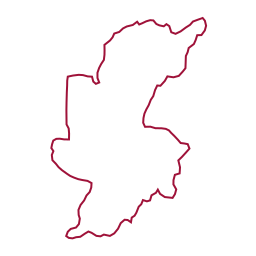 the district of Embu-Guaçu, São Paulo, Brazil, rotated 181°
{"feature_id": "56859067B87631402258962", "entity_name": "Embu-Guaçu", "entity_type": "district", "adm_level": 2, "iso_a3": "BRA", "parent_name": "Brazil", "parent_adm1": "São Paulo", "projection": "natural_earth1", "projection_center": [-46.834, -23.853], "detail": "fine", "context": "isolated", "style": "outline", "palette": "rose", "viewbox_px": 256, "rotation_deg": 181, "n_neighbors": 0, "source": "geoboundaries", "source_scale": "gbopen_adm2", "svg_char_len": 2037}
<svg xmlns="http://www.w3.org/2000/svg" viewBox="0 0 256 256"><g transform="rotate(181 128 128)"><path d="M187.9,18.9L185.3,17.1L181.5,16.7L178.0,17.9L173.8,18.4L169.3,21.6L165.8,23.8L162.6,22.6L157.7,19.6L153.6,19.2L150.3,21.0L144.2,19.8L139.9,22.4L136.2,27.1L133.6,32.8L129.8,36.2L126.7,36.0L123.4,33.8L122.7,38.5L119.9,40.4L118.2,43.4L115.9,49.5L113.4,52.0L111.8,56.2L107.8,55.0L104.7,56.0L103.3,61.1L98.9,63.7L97.1,66.9L94.8,62.7L90.0,59.6L82.2,58.9L79.9,62.7L78.7,67.5L81.6,72.4L81.6,76.7L80.3,82.0L75.6,83.5L75.3,89.6L77.1,96.5L73.5,100.1L69.2,105.0L66.2,108.5L68.0,112.9L71.4,113.5L75.1,113.9L77.9,117.1L81.5,120.8L84.7,123.8L87.0,126.3L90.2,127.8L94.5,128.3L100.6,128.3L105.7,129.7L111.0,129.5L112.9,133.5L112.7,138.2L111.8,142.7L110.0,146.9L107.7,151.2L105.7,156.6L103.3,160.3L101.6,166.4L99.5,171.0L96.3,170.8L92.0,175.7L89.5,180.3L83.4,179.5L78.1,181.0L74.4,185.2L71.6,188.8L71.5,194.3L71.4,201.0L69.7,204.8L68.7,209.1L63.6,213.1L61.9,217.1L60.4,222.0L56.2,222.2L52.9,226.9L51.7,231.6L53.0,236.6L55.3,239.3L60.3,237.4L64.9,235.6L67.8,232.2L71.9,229.5L77.1,225.5L82.1,223.0L86.4,224.5L88.5,230.6L91.4,232.5L94.0,230.3L98.5,231.2L101.5,232.5L104.5,236.0L107.7,236.2L111.6,235.0L115.6,233.0L118.6,231.7L120.7,234.4L125.0,231.1L131.0,229.5L134.7,227.5L138.4,223.9L143.4,222.2L145.0,218.4L147.5,215.2L153.0,210.7L152.8,205.4L152.8,200.8L153.3,195.7L155.9,191.6L157.9,187.6L159.5,182.7L159.4,177.5L157.6,173.0L160.9,171.6L163.5,173.8L164.9,178.7L169.2,178.9L173.9,180.1L178.2,180.3L183.9,179.5L189.1,178.3L189.6,174.3L189.6,169.3L189.8,162.5L189.9,153.0L189.9,144.7L189.5,130.5L187.3,126.5L186.8,121.5L186.8,115.5L191.7,115.5L196.0,116.1L199.5,115.9L202.5,114.1L203.6,110.5L204.3,106.6L202.2,103.6L203.7,99.7L203.0,94.5L199.5,91.0L196.7,87.6L193.3,84.7L188.4,81.3L185.0,79.1L181.2,77.5L176.9,76.0L172.8,75.2L167.5,74.4L163.5,72.3L163.7,67.9L165.2,63.3L168.3,59.8L170.6,54.8L174.1,50.2L176.1,45.2L175.8,40.2L174.6,36.6L175.4,31.1L178.2,27.6L183.5,26.1L186.4,23.2L187.9,18.9Z" fill="none" stroke="#9f1239" stroke-width="2"/></g></svg>